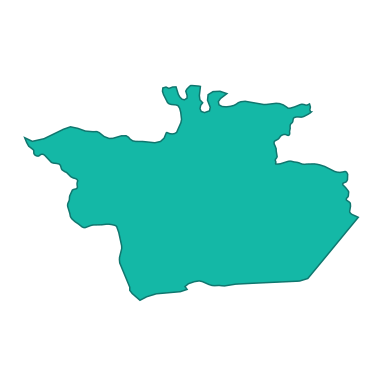 SVG path tracing the border of Kara, rotated 88°
{"feature_id": "TGO-88", "entity_name": "Kara", "entity_type": "Region", "adm_level": 1, "iso_a3": "TGO", "parent_name": "Togo", "parent_adm1": "", "projection": "equal_earth", "projection_center": [0.654, 9.526], "detail": "fine", "context": "isolated", "style": "filled", "palette": "teal", "viewbox_px": 384, "rotation_deg": 88, "n_neighbors": 0, "source": "natural_earth", "source_scale": "10m", "svg_char_len": 3778}
<svg xmlns="http://www.w3.org/2000/svg" viewBox="0 0 384 384"><g transform="rotate(88 192 192)"><path d="M114.0,71.4L116.0,70.7L116.1,69.9L117.1,71.1L118.4,73.3L120.3,77.3L120.7,78.5L121.0,79.9L120.9,81.3L120.6,84.0L120.7,85.4L121.0,86.6L121.4,87.6L122.2,88.2L125.3,88.9L126.1,89.4L127.4,90.9L128.4,91.5L129.8,91.7L132.0,91.7L134.8,92.4L136.5,92.3L137.5,92.4L138.3,92.8L138.8,93.6L138.7,94.5L137.8,96.4L137.7,97.6L137.8,98.7L138.2,99.8L138.7,100.8L139.3,101.6L140.9,102.8L141.7,103.5L142.3,104.3L143.8,107.3L144.5,108.0L145.5,108.3L146.9,108.2L149.0,107.3L151.7,106.4L154.0,106.4L159.6,105.7L160.6,106.1L162.2,107.4L163.2,107.7L165.0,107.1L166.6,107.5L166.9,107.4L167.1,105.7L166.9,102.8L164.7,94.8L164.6,93.6L164.6,92.2L165.0,90.7L165.5,89.1L166.0,86.0L166.5,84.2L167.4,82.3L168.0,80.8L168.2,79.4L168.3,78.5L168.1,76.2L168.2,68.8L168.7,65.9L169.4,63.2L171.1,58.5L176.4,48.8L177.2,46.4L177.6,43.5L177.2,40.2L176.9,38.9L176.9,37.8L177.7,36.8L179.7,35.8L185.1,36.2L186.2,36.8L187.1,37.4L187.6,38.4L188.0,39.5L188.4,40.6L189.1,41.1L190.1,41.0L192.9,38.4L196.2,36.0L197.4,35.4L201.4,35.9L202.4,36.4L203.7,37.8L204.6,38.1L205.5,37.9L207.6,35.1L208.7,34.2L210.5,34.1L211.9,34.1L216.6,35.1L217.7,35.1L219.0,34.1L219.9,33.1L223.1,26.7L238.2,40.1L263.7,62.6L282.5,79.3L284.7,87.4L284.8,89.3L285.0,106.9L285.3,133.0L285.6,151.6L287.0,162.8L286.7,165.7L286.3,168.1L286.4,172.9L286.1,175.3L285.0,178.4L281.9,184.8L281.1,187.9L281.7,192.8L283.5,198.7L286.2,202.3L289.2,200.3L291.2,207.1L292.5,231.3L295.1,240.9L298.4,247.8L291.4,255.3L288.1,257.6L285.0,257.5L260.4,266.7L257.0,266.9L254.8,266.7L246.0,264.2L243.3,264.2L229.9,266.6L223.9,268.5L223.4,269.0L222.9,269.7L222.5,270.7L221.8,273.2L221.3,276.0L221.2,278.8L221.6,283.2L221.5,292.1L222.0,294.5L223.9,300.1L223.8,301.4L223.1,303.0L220.1,306.5L217.7,309.8L215.1,312.6L213.6,313.7L212.2,314.4L209.0,314.9L202.3,316.7L201.2,316.8L200.1,316.7L199.0,316.4L196.1,315.0L195.0,314.8L192.7,314.6L191.5,314.3L185.9,311.5L185.4,310.5L185.1,309.3L184.9,307.9L184.3,306.9L183.2,306.3L180.9,306.6L179.4,306.6L178.1,306.3L176.8,305.8L175.9,306.2L175.2,306.8L174.6,307.8L174.2,308.9L173.9,310.1L173.2,311.4L172.4,312.7L168.6,316.2L168.0,316.8L167.6,317.7L167.6,317.8L167.2,318.5L165.4,321.0L164.2,321.7L161.0,322.5L160.0,323.2L159.3,324.1L158.7,326.6L158.5,328.0L158.3,329.4L157.9,330.6L157.4,331.6L150.3,337.8L149.3,339.1L149.0,340.3L149.1,341.5L149.6,342.4L150.2,343.1L150.7,344.1L150.7,345.5L149.9,347.3L149.0,348.2L147.8,348.7L145.0,348.7L144.1,349.3L140.5,353.6L136.8,355.5L131.9,357.3L135.8,349.8L133.6,338.1L125.0,318.7L124.9,318.6L122.6,311.2L124.4,303.9L127.4,296.4L128.3,288.7L128.3,285.0L129.4,282.7L133.5,277.9L135.6,273.0L135.6,269.2L133.4,260.6L133.5,255.9L135.0,253.6L137.0,252.0L138.8,249.5L139.5,246.5L139.8,239.5L141.5,227.4L140.4,221.7L137.2,218.0L131.9,215.6L131.7,215.3L131.7,215.1L131.7,214.9L132.9,212.2L133.3,209.7L133.0,207.4L131.9,205.3L122.4,200.7L119.1,199.9L111.9,200.5L107.9,201.4L105.2,203.0L104.4,204.9L103.8,209.7L103.1,211.8L101.8,213.3L93.6,217.1L90.3,218.0L87.0,217.5L86.2,214.3L87.7,211.5L86.4,207.7L86.4,204.3L93.9,202.3L96.6,200.9L98.9,198.8L99.6,196.3L98.0,193.7L95.5,193.5L91.0,194.7L89.1,193.6L87.4,191.9L86.1,190.4L85.6,189.7L85.6,188.2L86.4,181.5L86.8,179.9L95.8,181.3L100.1,180.9L103.2,178.2L105.7,180.3L109.0,181.1L111.8,180.0L113.1,176.7L111.5,171.7L108.0,170.8L100.8,173.3L95.3,172.5L92.4,167.5L92.3,160.5L94.9,153.7L99.6,160.3L102.6,162.5L105.8,162.0L107.6,159.0L108.1,154.8L107.7,150.5L106.9,147.0L105.7,144.6L104.4,142.7L103.5,140.1L103.2,135.7L107.1,117.1L107.1,114.4L106.3,104.8L106.7,101.4L108.1,97.8L110.4,94.5L111.6,93.1L111.7,91.1L110.5,86.4L108.4,80.7L108.1,79.1L108.5,76.9L109.1,75.4L109.2,73.9L108.1,71.5L111.2,70.7L114.0,71.4Z" fill="#14b8a6" stroke="#0f766e" stroke-width="1.5"/></g></svg>